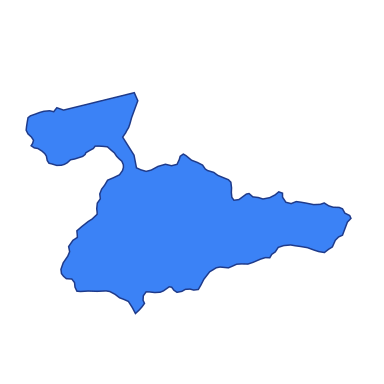 Muallim, Perak, Malaysia (Natural Earth projection), rotated 79°
{"feature_id": "92858781B90954683120897", "entity_name": "Muallim", "entity_type": "district", "adm_level": 2, "iso_a3": "MYS", "parent_name": "Malaysia", "parent_adm1": "Perak", "projection": "natural_earth1", "projection_center": [101.452, 3.898], "detail": "fine", "context": "isolated", "style": "filled", "palette": "blue", "viewbox_px": 384, "rotation_deg": 79, "n_neighbors": 0, "source": "geoboundaries", "source_scale": "gbopen_adm2", "svg_char_len": 2588}
<svg xmlns="http://www.w3.org/2000/svg" viewBox="0 0 384 384"><g transform="rotate(79 192 192)"><path d="M140.1,319.7L140.8,315.1L140.5,312.0L139.5,308.9L137.2,305.1L137.2,300.9L136.2,292.5L134.8,289.8L133.2,288.7L131.8,284.8L130.5,280.6L128.5,278.3L129.2,274.5L130.2,270.7L131.5,266.4L135.5,263.4L138.8,260.7L142.5,259.2L145.4,257.3L148.4,255.0L152.1,254.2L154.7,254.6L157.7,256.1L161.3,259.9L163.0,266.4L164.3,272.6L168.6,276.4L172.0,280.2L176.3,282.9L181.2,283.3L184.9,287.1L190.2,288.7L193.8,289.0L195.8,289.4L199.5,295.2L201.1,299.4L204.8,306.6L208.1,312.4L212.1,312.8L214.7,313.2L216.7,318.1L222.0,323.5L227.3,323.5L231.3,326.2L236.9,331.9L242.9,335.4L247.2,335.7L250.2,334.2L253.1,331.9L254.5,326.6L258.5,324.6L263.1,325.0L267.4,323.9L268.4,320.4L269.4,312.8L271.4,304.0L272.7,295.2L274.0,291.7L277.7,287.1L282.0,283.3L284.6,279.1L287.3,275.3L294.2,272.6L300.5,270.7L297.6,266.1L295.2,263.0L292.3,259.9L288.9,260.7L284.6,259.6L281.3,256.1L282.0,252.7L283.6,247.7L284.3,242.3L283.6,238.9L280.7,232.4L281.6,230.1L285.0,228.5L287.6,225.9L287.6,220.9L286.3,217.1L286.9,212.5L288.6,209.0L288.9,204.4L285.0,201.0L280.0,197.1L273.7,189.9L271.0,182.6L271.0,178.8L273.4,170.7L272.4,166.1L271.4,161.9L272.0,157.3L273.4,150.8L272.7,145.5L271.0,137.8L270.4,132.5L271.4,128.2L268.4,125.6L266.7,121.7L262.8,117.9L262.1,112.2L262.8,105.3L264.4,101.1L266.1,96.1L268.7,89.2L272.4,83.1L274.7,78.9L276.7,73.5L276.5,73.2L274.3,68.9L272.7,64.7L266.7,60.5L264.1,56.7L263.1,52.5L261.1,51.3L251.2,45.2L248.2,41.0L245.2,41.7L241.9,46.0L238.7,47.0L237.2,47.5L235.2,50.5L233.9,56.3L231.6,60.5L228.0,64.3L228.6,68.5L227.6,75.0L224.6,82.3L222.7,87.3L221.3,91.5L222.3,96.9L220.0,101.8L214.4,104.1L210.4,103.4L208.4,106.8L210.7,111.0L212.4,116.8L212.4,123.7L210.1,127.9L208.4,133.2L204.4,136.3L204.4,139.0L208.4,147.4L208.1,152.4L204.8,153.9L200.1,153.5L195.5,152.4L189.8,152.0L186.9,153.9L183.9,158.5L180.6,163.5L176.9,166.9L173.9,172.6L172.0,174.6L167.6,176.5L164.0,181.1L160.7,186.4L155.1,191.0L153.1,193.3L154.7,196.8L157.7,198.3L162.0,201.4L162.3,207.1L159.7,212.8L160.4,220.5L162.7,227.8L163.0,233.1L160.4,238.1L157.7,241.9L144.8,241.9L124.9,249.6L121.2,245.8L119.6,244.6L116.6,241.9L113.3,240.0L107.3,237.0L92.1,227.8L83.5,229.7L87.1,302.4L83.5,308.6L85.1,310.5L86.8,312.4L85.1,316.2L84.5,322.0L84.8,325.8L86.4,336.1L87.8,338.8L91.7,340.3L96.1,341.9L99.7,343.0L103.7,341.9L107.3,339.2L111.0,337.7L113.9,339.2L115.9,341.1L118.6,338.4L119.9,335.0L123.2,331.5L126.2,329.2L128.9,328.1L133.5,328.1L136.5,326.9L137.5,324.6L137.6,324.4L140.1,319.7Z" fill="#3b82f6" stroke="#1e3a8a" stroke-width="1.5"/></g></svg>